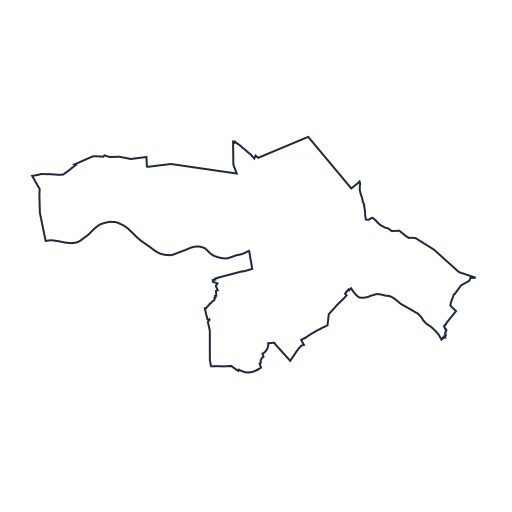 outline of Venlo, Limburg, Netherlands, rotated 266°
{"feature_id": "6326949B62614877207788", "entity_name": "Venlo", "entity_type": "district", "adm_level": 2, "iso_a3": "NLD", "parent_name": "Netherlands", "parent_adm1": "Limburg", "projection": "equal_earth", "projection_center": [6.131, 51.392], "detail": "fine", "context": "isolated", "style": "outline", "palette": "slate", "viewbox_px": 512, "rotation_deg": 266, "n_neighbors": 0, "source": "geoboundaries", "source_scale": "gbopen_adm2", "svg_char_len": 5718}
<svg xmlns="http://www.w3.org/2000/svg" viewBox="0 0 512 512"><g transform="rotate(266 256 256)"><path d="M219.0,473.7L225.7,457.4L249.9,434.0L262.8,416.3L263.4,412.2L263.4,409.4L264.4,408.5L265.4,406.9L271.2,400.8L271.4,393.2L274.4,389.6L275.2,386.9L278.3,382.1L280.9,379.6L282.6,378.4L286.0,374.9L285.8,373.9L285.7,373.5L285.3,372.8L284.7,371.9L284.4,371.0L284.3,370.1L284.8,368.1L289.0,367.7L293.1,367.9L299.0,367.3L299.3,367.6L300.4,367.2L302.2,366.4L306.5,365.9L310.0,364.9L314.3,364.1L318.2,364.4L320.4,364.9L322.0,364.8L323.2,364.5L322.8,364.0L321.6,362.8L318.8,358.6L318.1,357.8L316.7,355.8L371.2,316.4L354.1,265.9L353.7,265.1L356.2,262.6L353.3,261.1L358.1,257.4L358.6,256.7L359.8,255.4L360.7,254.5L361.4,253.9L363.3,252.0L364.1,251.1L364.9,250.1L367.1,248.1L368.0,247.1L368.9,245.9L371.7,242.7L370.6,242.4L371.5,241.1L348.7,239.8L339.6,242.5L353.7,177.6L352.5,154.3L352.9,153.4L362.4,153.6L361.6,139.3L361.5,137.2L361.9,136.5L362.6,133.9L364.6,126.3L364.9,116.8L365.3,116.1L365.7,114.9L366.4,113.0L367.0,112.0L366.3,111.1L365.7,110.5L366.6,104.2L366.8,100.2L364.5,93.8L364.2,93.3L364.1,92.6L363.9,92.1L360.0,81.3L359.3,82.5L356.8,78.6L355.3,76.7L353.0,73.0L350.7,69.4L350.7,68.5L350.7,65.2L351.3,61.3L352.2,54.5L352.1,54.3L352.8,47.5L352.2,44.5L351.5,38.3L337.7,44.9L336.9,44.8L335.0,44.5L332.4,44.2L314.3,43.4L285.7,47.2L285.9,49.8L286.0,51.7L286.0,52.7L285.7,54.4L284.9,58.4L284.7,59.4L283.9,62.1L283.6,63.5L283.0,65.6L282.6,67.0L282.2,69.6L281.9,71.1L281.7,73.4L281.8,75.6L281.8,76.2L282.0,77.5L282.0,77.9L282.6,79.8L283.9,82.5L284.6,83.3L286.5,86.4L287.4,87.7L287.5,88.1L288.0,88.9L289.9,91.4L292.1,93.8L293.8,95.8L295.6,98.1L298.2,102.3L299.1,105.2L299.4,106.6L299.9,109.1L300.1,110.9L300.3,113.0L299.8,116.2L299.8,117.4L299.0,120.0L297.4,123.0L296.4,124.9L294.9,127.1L292.2,130.3L286.7,135.3L282.6,138.8L281.6,140.0L280.8,140.7L279.2,142.4L275.4,147.1L274.0,148.8L273.1,149.9L270.6,152.8L268.2,155.6L267.3,156.8L266.3,158.5L265.2,160.3L264.9,161.1L263.7,164.6L263.4,165.9L262.9,169.5L262.8,171.6L263.0,172.9L267.2,186.8L268.8,191.3L269.5,194.8L269.6,198.7L269.1,201.2L268.3,203.5L267.3,205.5L266.0,206.9L262.8,209.6L261.7,210.6L259.1,214.0L257.9,216.8L256.6,220.4L255.8,224.4L255.6,226.9L256.1,229.2L257.0,232.6L258.1,236.5L258.7,241.1L259.3,243.6L260.2,245.8L261.6,249.3L259.9,249.7L258.8,249.8L254.4,250.2L254.0,250.2L252.1,250.4L251.6,250.6L243.3,251.3L243.2,250.4L242.4,246.9L241.5,242.1L241.4,241.4L241.7,241.3L237.3,217.9L237.2,218.0L236.5,214.4L236.4,214.5L236.2,213.6L235.3,213.8L235.1,212.2L235.1,211.2L233.3,211.1L231.3,215.7L229.0,213.8L224.5,215.4L224.1,213.7L220.6,213.6L219.1,213.6L219.0,212.4L217.3,212.6L217.2,211.7L215.2,211.6L214.4,210.6L214.4,210.3L213.6,209.3L211.6,206.9L211.8,206.7L211.7,206.5L211.3,206.5L210.9,206.2L210.2,205.4L207.0,202.0L207.5,201.9L207.4,201.3L200.8,202.3L200.1,202.5L198.7,202.8L197.7,202.9L196.6,203.1L196.3,203.2L196.1,203.4L195.8,203.7L195.7,204.0L195.7,204.3L195.8,204.6L196.0,204.9L195.8,204.9L195.5,205.1L193.7,203.4L191.9,203.6L185.1,204.7L181.5,204.5L155.3,202.7L154.8,202.8L151.1,203.2L149.2,203.5L148.9,205.6L148.8,206.2L148.9,206.9L148.9,207.4L149.0,207.4L148.1,216.7L148.1,223.0L147.9,222.9L148.0,223.6L142.7,230.0L143.5,230.5L143.2,230.9L143.7,231.2L143.3,231.8L142.4,233.4L142.0,234.3L141.6,235.2L141.2,236.0L140.9,236.8L140.5,238.5L140.4,239.3L140.3,241.0L140.4,241.9L140.4,242.7L140.7,244.5L140.9,245.3L141.1,246.2L141.4,247.0L142.6,249.6L142.3,249.6L144.3,253.2L145.5,252.9L146.2,252.7L148.6,252.1L149.0,253.2L150.1,253.3L150.8,253.3L151.4,253.4L152.0,253.7L153.2,254.4L153.9,254.7L154.8,256.4L158.2,255.6L158.4,256.3L158.8,257.1L159.2,257.6L159.8,258.4L160.3,259.0L160.9,259.5L161.1,259.6L162.3,260.5L163.3,261.1L164.5,261.5L166.7,262.1L167.8,262.2L168.1,262.1L168.2,268.2L165.8,269.7L149.0,282.8L158.9,290.5L161.9,293.3L163.5,295.2L163.9,297.6L169.1,295.2L170.4,298.0L170.8,298.8L170.5,299.0L170.9,299.8L171.5,300.4L174.9,306.5L177.4,311.7L177.6,311.9L178.9,315.5L179.0,315.5L179.9,317.4L180.3,318.4L180.6,319.5L181.9,322.5L192.7,324.5L193.0,324.6L199.5,331.5L201.0,332.9L203.3,335.6L205.1,337.7L207.9,341.0L208.6,341.8L210.5,343.6L212.2,342.2L214.0,343.8L213.8,343.8L214.7,344.7L216.2,346.0L215.4,346.6L217.2,348.5L212.5,351.4L210.5,352.9L208.5,354.7L208.0,355.4L207.3,356.6L207.0,358.2L206.9,359.5L206.9,361.0L207.1,363.3L207.5,365.3L208.3,367.8L209.2,371.7L209.6,373.9L209.6,374.2L209.2,376.5L208.6,379.0L207.6,381.7L206.7,386.5L205.4,388.8L204.1,390.7L203.1,391.9L201.6,393.6L199.5,395.6L198.2,397.1L197.0,398.7L196.4,399.8L191.3,407.4L190.2,408.9L189.6,409.9L188.7,411.1L187.7,412.9L186.3,414.3L185.3,415.1L183.1,416.8L180.3,418.3L178.4,419.7L176.5,421.4L175.9,422.1L173.4,425.4L171.4,427.4L168.7,429.8L166.2,431.8L164.3,433.0L159.6,435.2L161.0,436.9L161.3,436.8L161.4,436.7L161.5,436.8L161.7,437.0L161.4,437.4L161.1,437.4L161.1,437.6L161.4,437.8L161.5,437.8L161.7,437.7L161.9,437.8L161.6,437.9L161.5,438.1L161.5,438.3L161.6,438.2L161.7,438.3L161.8,438.6L162.0,438.9L162.3,439.0L162.5,439.3L162.9,439.4L163.6,439.8L164.1,439.6L164.4,439.5L164.5,439.3L164.5,439.6L165.0,439.7L165.4,439.5L165.7,439.5L165.8,439.4L165.7,439.3L165.8,439.3L166.3,439.5L166.5,439.5L166.8,439.7L166.8,439.8L167.4,440.0L167.9,440.0L168.2,440.1L168.3,440.3L168.5,440.4L168.5,440.6L168.7,440.8L169.3,440.4L169.6,440.4L170.0,440.2L170.1,439.8L170.5,439.5L170.7,439.4L170.9,439.5L171.1,439.4L171.5,439.1L172.5,439.0L172.7,438.9L172.8,438.8L172.9,439.0L173.3,439.2L173.5,439.5L173.9,439.5L174.0,439.6L174.3,440.3L174.5,440.7L174.8,440.7L175.1,440.7L175.5,441.2L176.1,441.5L187.1,451.7L192.9,446.5L195.9,447.1L204.0,450.8L204.1,451.5L212.4,458.5L216.4,467.0L219.1,468.3L219.0,471.1L219.1,472.8L219.0,473.7Z" fill="none" stroke="#1e293b" stroke-width="2"/></g></svg>